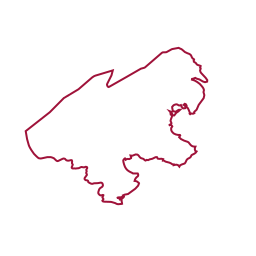 Norðurland vestra, Robinson projection, rotated 149°
{"feature_id": "ISL-697", "entity_name": "Norðurland vestra", "entity_type": "Region", "adm_level": 1, "iso_a3": "ISL", "parent_name": "Iceland", "parent_adm1": "", "projection": "robinson", "projection_center": [-19.727, 65.454], "detail": "fine", "context": "isolated", "style": "outline", "palette": "rose", "viewbox_px": 256, "rotation_deg": 149, "n_neighbors": 0, "source": "natural_earth", "source_scale": "10m", "svg_char_len": 5374}
<svg xmlns="http://www.w3.org/2000/svg" viewBox="0 0 256 256"><g transform="rotate(149 128 128)"><path d="M36.2,152.4L36.9,152.1L37.4,150.9L36.4,148.8L36.3,147.3L36.1,146.7L35.5,145.8L34.3,144.5L33.8,143.7L34.8,142.8L35.2,142.5L35.0,141.7L35.4,141.2L36.1,140.7L36.6,140.2L37.0,138.8L37.0,137.6L35.6,131.0L35.4,128.2L36.3,127.0L38.4,127.6L39.8,129.2L41.8,132.9L43.8,135.0L44.1,135.6L44.5,136.3L46.8,136.7L47.8,137.1L48.3,136.5L46.5,134.5L45.0,131.8L43.8,128.9L43.3,126.4L43.0,124.3L43.0,122.9L43.3,121.6L43.6,121.1L44.4,120.3L44.8,119.9L45.5,117.3L45.7,116.8L47.8,114.6L55.5,111.4L59.7,108.4L60.9,108.1L62.2,107.9L63.2,107.5L63.4,106.6L64.3,106.6L65.0,106.8L66.2,107.8L66.5,107.9L67.4,107.8L67.6,107.8L67.8,108.6L67.6,108.8L67.3,108.9L67.1,109.1L66.6,112.6L66.5,114.3L67.0,115.6L66.2,117.1L66.2,118.6L66.9,119.5L68.4,119.2L67.7,117.6L67.9,116.2L68.7,115.5L70.3,116.2L70.9,116.8L71.0,117.1L70.9,117.7L71.2,118.7L70.9,119.3L70.8,119.9L70.8,120.4L71.0,120.4L72.3,120.8L72.6,121.0L73.1,121.7L73.4,122.3L73.7,122.8L74.4,123.4L75.2,123.7L76.0,123.9L76.9,124.0L77.7,123.9L77.9,123.8L79.2,123.4L79.8,122.4L80.2,121.1L81.0,119.2L80.2,118.8L79.2,117.7L78.4,117.4L76.1,117.5L75.0,117.4L74.0,116.8L76.3,116.3L78.4,116.2L79.3,116.0L81.2,115.2L82.2,115.0L83.0,115.9L82.7,119.7L83.7,121.0L83.5,119.6L84.1,118.5L84.5,117.5L83.7,116.2L84.5,115.1L86.7,113.4L87.8,112.3L88.0,111.7L88.1,110.3L88.4,109.6L89.1,109.3L90.3,109.3L91.7,109.1L90.2,108.9L89.3,107.8L89.2,106.6L90.1,106.1L91.0,105.7L91.6,104.8L92.1,103.6L92.2,102.2L91.7,99.9L90.4,97.9L88.7,96.3L87.1,95.3L87.1,94.7L88.9,93.8L88.3,91.3L86.5,88.4L84.0,85.4L83.5,84.5L83.1,81.5L82.7,80.1L82.0,79.0L81.0,78.1L79.8,77.3L80.9,76.5L81.8,75.1L82.1,73.7L81.3,72.6L82.6,72.0L84.2,71.8L87.0,72.0L87.7,71.9L88.9,71.1L89.6,70.8L90.5,70.7L92.9,70.8L94.2,70.4L96.6,68.8L97.7,68.4L101.0,69.1L101.7,69.1L102.5,69.2L103.9,68.4L104.2,70.3L105.1,71.4L106.4,72.1L108.0,72.6L107.6,73.3L108.3,73.6L108.8,74.3L109.4,75.6L110.3,76.9L113.1,79.8L113.5,80.5L113.8,81.2L114.1,81.8L114.9,82.1L114.7,82.4L114.3,83.1L114.0,83.3L115.3,84.5L117.1,85.4L118.3,86.5L118.2,88.1L119.4,88.8L123.0,89.1L125.7,90.0L126.6,90.0L127.3,90.1L128.1,90.8L128.5,91.1L129.4,91.0L129.8,91.1L130.2,91.8L130.4,92.4L130.5,93.0L130.7,93.6L132.2,95.3L132.6,95.9L132.9,97.0L133.2,99.4L133.7,100.4L135.1,101.4L138.6,102.0L140.0,103.1L140.4,101.2L140.9,100.6L142.9,100.7L143.2,100.9L144.1,101.6L144.6,101.8L145.4,102.0L147.3,101.9L146.7,102.1L146.2,102.4L146.0,102.8L146.2,103.5L146.8,103.5L148.1,103.1L148.8,102.6L149.4,101.3L150.1,98.9L150.6,96.3L150.6,94.1L150.2,92.1L149.2,89.9L147.3,86.9L147.1,86.4L143.1,84.0L143.1,83.4L143.4,82.5L144.0,81.8L144.8,81.5L146.0,81.4L147.4,80.9L148.6,80.2L149.6,79.2L148.9,78.7L148.2,78.0L147.7,77.2L147.0,75.3L147.0,75.0L147.3,74.8L148.0,74.1L149.2,73.3L153.0,72.2L162.0,71.4L165.2,72.6L166.9,72.8L166.7,71.4L167.2,71.0L167.8,70.8L168.4,70.7L169.0,70.8L168.8,71.2L168.6,72.0L169.9,72.3L172.2,73.6L173.6,73.7L172.7,73.3L172.1,72.8L171.7,72.2L171.3,71.4L171.8,71.4L171.8,70.8L171.4,70.7L170.8,70.3L170.4,70.2L170.4,69.6L171.0,69.0L171.7,67.0L172.1,66.1L172.5,66.2L175.6,67.7L176.1,68.1L176.7,68.7L177.8,70.4L180.1,72.9L180.9,73.6L186.5,77.2L187.4,78.2L187.4,78.9L186.3,79.4L186.0,79.6L185.8,79.8L185.7,79.8L185.6,80.1L185.6,80.4L185.6,80.7L185.7,81.3L185.7,81.6L185.6,81.8L185.4,82.0L185.1,82.2L184.7,82.4L184.2,82.6L183.9,82.8L183.7,83.2L183.9,83.4L184.1,83.6L185.3,83.9L186.1,84.3L186.5,84.7L186.8,85.3L187.0,86.1L187.1,86.9L187.0,87.5L186.7,88.0L186.2,88.6L184.5,90.1L184.0,90.4L183.5,90.6L182.9,90.8L180.5,90.9L180.1,91.0L179.7,91.2L179.4,91.5L179.0,91.8L178.8,92.3L178.6,92.9L178.5,93.8L178.7,94.4L179.1,94.9L179.7,95.3L182.3,96.3L185.6,98.1L187.0,98.4L187.6,98.7L188.3,99.3L189.3,100.8L189.7,101.6L189.9,102.1L189.8,102.4L189.6,102.8L189.5,103.4L189.8,103.9L190.2,104.4L190.7,104.7L191.2,105.2L191.4,105.7L191.5,106.6L191.3,107.0L190.8,107.5L188.0,108.7L187.5,108.9L187.3,109.2L187.1,109.6L187.1,110.7L186.9,111.1L186.7,111.4L185.9,112.0L185.7,112.2L185.6,112.5L185.5,113.2L185.3,113.6L185.0,113.9L184.6,114.1L183.8,114.5L183.6,114.7L183.4,115.0L183.3,115.4L183.4,115.7L183.6,116.0L184.0,116.3L184.4,116.6L184.5,116.6L185.5,116.8L186.0,116.9L186.5,117.3L187.8,118.4L188.1,118.6L188.5,118.7L190.7,118.9L191.3,119.1L192.3,119.6L193.9,120.3L194.8,121.0L196.1,121.7L196.5,122.1L196.6,122.5L196.7,122.8L196.6,123.1L196.4,123.4L196.0,123.7L194.6,124.7L194.4,124.9L194.2,125.1L194.2,125.4L194.2,126.1L194.2,126.4L194.1,126.8L193.9,127.1L193.2,128.0L192.9,128.6L192.8,129.3L193.2,129.7L193.9,130.0L194.9,130.3L195.9,130.7L196.8,131.3L197.5,132.2L197.7,133.0L197.9,134.0L198.4,134.6L199.1,135.1L200.1,135.3L204.7,135.7L205.4,135.9L205.9,136.4L206.3,137.2L207.1,140.2L208.1,141.6L209.2,142.8L212.2,144.6L217.8,146.5L218.8,147.0L220.0,148.0L220.5,149.0L221.1,151.0L221.9,154.3L222.2,158.7L222.2,161.1L222.1,163.0L221.8,164.7L220.2,170.5L217.3,178.0L186.9,181.8L167.6,186.7L150.5,186.7L132.6,189.8L130.6,189.9L129.0,189.7L111.4,185.2L115.1,181.6L122.9,176.7L123.6,176.1L123.9,175.3L124.0,174.6L124.0,174.0L123.8,173.5L123.5,173.1L122.8,173.0L102.7,172.5L86.4,172.2L83.2,171.3L82.2,171.2L60.2,175.0L59.2,174.9L56.5,173.4L55.8,173.2L50.1,173.0L49.2,172.8L43.3,170.6L42.7,169.6L41.6,168.1L41.2,167.2L40.1,163.8L38.5,161.4L37.5,160.2L36.9,159.1L36.6,158.2L36.6,157.5L36.8,155.9L36.8,154.4L36.1,153.2L36.2,152.4Z" fill="none" stroke="#9f1239" stroke-width="2"/></g></svg>